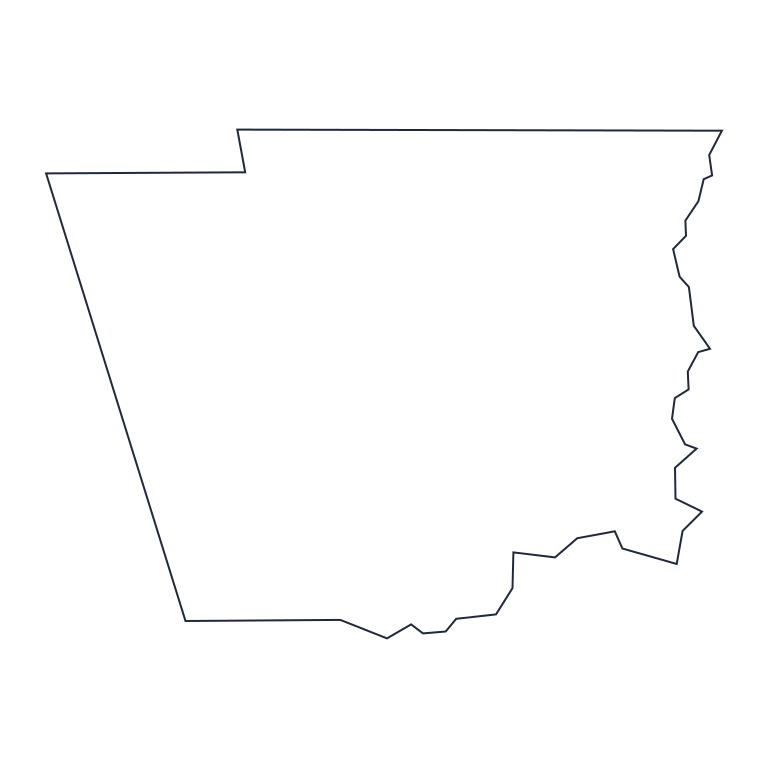 Hardin, Texas, United States of America
{"feature_id": "52423323B96895412793722", "entity_name": "Hardin", "entity_type": "district", "adm_level": 2, "iso_a3": "USA", "parent_name": "United States of America", "parent_adm1": "Texas", "projection": "mercator", "projection_center": [-94.219, 30.312], "detail": "fine", "context": "isolated", "style": "outline", "palette": "slate", "viewbox_px": 768, "rotation_deg": 0, "n_neighbors": 0, "source": "geoboundaries", "source_scale": "gbopen_adm2", "svg_char_len": 630}
<svg xmlns="http://www.w3.org/2000/svg" viewBox="0 0 768 768"><path d="M340.3,619.9L387.0,638.4L411.1,624.4L423.0,633.4L445.7,631.5L456.2,618.8L496.0,614.4L512.5,588.1L513.4,552.4L555.0,557.4L577.3,538.2L614.8,531.3L622.4,548.5L676.7,564.0L682.6,530.9L702.0,511.6L675.5,498.7L675.0,467.8L696.6,448.6L685.1,444.4L672.0,418.8L674.8,398.1L688.6,389.4L687.8,371.5L698.2,352.1L710.0,348.8L693.8,325.8L688.9,287.1L679.6,276.7L673.1,249.1L686.0,235.8L685.4,220.6L698.4,201.2L703.7,179.2L712.1,175.4L709.2,155.0L721.9,130.7L237.3,129.6L245.2,172.3L46.1,173.4L185.5,621.0L340.3,619.9Z" fill="none" stroke="#1e293b" stroke-width="2"/></svg>